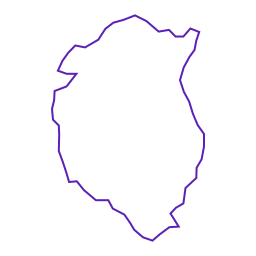 outline of Várzea Paulista, São Paulo, Brazil
{"feature_id": "56859067B65846864645175", "entity_name": "Várzea Paulista", "entity_type": "district", "adm_level": 2, "iso_a3": "BRA", "parent_name": "Brazil", "parent_adm1": "São Paulo", "projection": "albers", "projection_center": [-46.824, -23.221], "detail": "fine", "context": "isolated", "style": "outline", "palette": "violet", "viewbox_px": 256, "rotation_deg": 0, "n_neighbors": 0, "source": "geoboundaries", "source_scale": "gbopen_adm2", "svg_char_len": 821}
<svg xmlns="http://www.w3.org/2000/svg" viewBox="0 0 256 256"><path d="M199.2,32.0L190.4,28.5L183.4,36.5L175.5,36.5L169.0,29.9L158.7,31.6L146.3,21.0L135.0,15.4L123.4,19.9L113.3,22.7L105.4,28.8L98.3,39.7L85.1,47.4L75.3,45.5L68.2,52.8L62.4,60.9L57.9,70.7L66.6,73.8L76.4,73.8L66.6,86.4L54.6,91.0L54.1,100.3L52.0,109.0L53.0,119.7L58.8,125.5L59.2,134.6L58.8,151.0L62.8,161.9L66.2,172.2L69.1,182.0L76.8,181.3L84.0,190.2L95.9,200.2L108.3,200.2L112.8,208.6L124.4,214.6L130.2,223.0L134.2,229.8L143.0,237.3L152.5,240.6L159.9,234.2L169.4,227.2L178.7,226.6L170.5,213.5L176.0,207.7L183.4,203.4L185.5,188.0L196.3,178.0L196.6,167.8L201.6,159.3L204.0,146.6L204.0,134.0L197.7,125.1L192.9,113.7L189.2,101.7L183.9,91.9L180.0,80.1L183.7,67.5L189.5,56.8L194.5,50.0L196.3,40.6L199.2,32.0Z" fill="none" stroke="#5b21b6" stroke-width="2"/></svg>